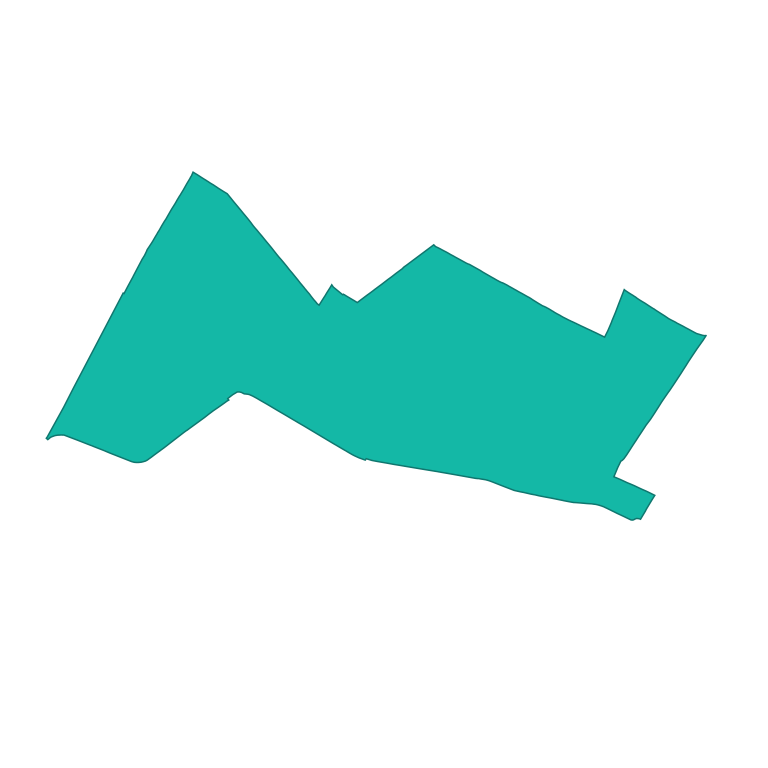 Iztacalco, Distrito Federal, Mexico (orthographic projection), rotated 202°
{"feature_id": "50627088B64976182761554", "entity_name": "Iztacalco", "entity_type": "district", "adm_level": 2, "iso_a3": "MEX", "parent_name": "Mexico", "parent_adm1": "Distrito Federal", "projection": "orthographic", "projection_center": [-99.097, 19.399], "detail": "fine", "context": "isolated", "style": "filled", "palette": "teal", "viewbox_px": 768, "rotation_deg": 202, "n_neighbors": 0, "source": "geoboundaries", "source_scale": "gbopen_adm2", "svg_char_len": 6149}
<svg xmlns="http://www.w3.org/2000/svg" viewBox="0 0 768 768"><g transform="rotate(202 384 384)"><path d="M676.8,207.2L674.9,206.5L674.2,207.7L673.7,208.7L673.2,209.6L672.4,210.5L671.2,211.6L670.1,212.6L669.3,213.2L668.6,213.6L667.8,214.1L667.1,214.5L666.1,214.9L665.1,215.4L663.9,215.9L662.6,216.4L661.8,216.7L661.4,216.8L647.5,217.1L620.0,217.4L612.0,217.3L589.8,217.5L589.2,217.5L587.2,217.7L585.7,218.0L583.6,218.7L581.6,219.6L579.6,220.7L578.2,221.7L576.3,223.2L575.1,224.6L572.3,229.0L570.1,232.7L564.9,241.1L564.2,242.2L558.2,252.5L551.0,264.8L550.6,265.4L550.0,266.4L549.3,267.3L547.4,270.4L545.6,273.3L542.6,278.1L540.3,281.8L537.8,285.8L536.5,288.1L535.3,290.2L532.1,295.5L530.5,297.9L528.9,300.3L526.5,304.0L524.9,306.5L524.1,307.8L523.3,309.1L521.9,311.0L523.3,311.7L523.5,311.9L520.2,317.5L517.1,321.6L515.3,322.4L513.2,322.8L510.0,322.5L509.3,322.7L506.5,323.5L504.6,323.8L504.1,323.7L503.3,323.7L501.0,323.6L496.6,323.1L493.4,322.6L484.6,321.4L473.0,319.6L464.7,318.4L448.9,316.0L443.2,315.2L408.7,309.8L389.6,307.0L386.6,306.6L384.4,306.4L380.1,306.2L378.7,306.2L376.4,306.3L373.4,306.4L372.8,306.5L372.5,308.1L366.6,308.6L361.0,309.7L350.9,311.9L345.0,313.1L338.4,314.6L333.3,315.7L324.3,317.7L318.4,319.0L305.6,321.9L285.7,326.2L263.8,330.8L261.7,331.4L261.2,331.6L260.7,331.8L259.1,332.1L253.9,333.3L250.3,333.7L246.9,333.8L234.9,333.9L223.4,334.1L217.3,335.1L213.8,335.8L207.5,336.8L206.8,336.9L203.3,337.6L202.5,337.8L198.4,338.4L191.3,339.8L186.5,340.8L174.1,343.1L173.9,343.1L168.8,344.1L168.3,344.2L164.0,345.1L160.8,346.2L159.5,346.6L157.9,347.1L156.3,347.6L155.0,348.0L151.3,349.1L146.5,350.7L144.4,351.2L142.6,351.7L140.7,352.0L139.1,352.2L138.7,352.2L136.8,352.4L135.3,352.4L134.9,352.5L132.1,352.3L131.3,352.3L128.7,352.1L127.2,352.0L124.9,351.8L123.2,351.7L122.0,351.6L119.6,351.4L115.6,351.2L112.0,351.0L109.0,350.8L105.8,350.6L103.9,350.5L102.3,351.1L101.6,351.7L100.7,352.8L99.5,353.9L98.0,354.4L96.6,354.7L95.5,354.7L94.0,364.2L93.9,365.9L93.4,369.1L92.1,377.2L91.2,382.2L97.5,382.7L100.9,382.9L105.0,383.0L109.0,383.2L113.8,383.5L118.1,383.6L121.7,383.6L125.3,383.8L129.5,384.0L136.1,384.1L136.0,394.1L135.5,401.1L134.5,402.5L133.6,404.5L132.6,408.6L132.3,410.0L131.0,416.7L130.8,417.9L129.5,424.4L129.3,425.3L128.2,431.1L128.0,432.1L127.7,433.4L125.9,442.4L125.7,443.6L123.7,451.0L123.4,452.5L123.0,454.4L122.2,458.4L121.3,463.3L121.0,464.8L119.8,471.5L118.4,477.9L117.2,483.2L116.8,484.6L115.0,493.1L114.7,494.6L113.1,502.6L112.7,504.5L111.8,509.5L111.3,512.1L111.0,513.6L110.1,518.8L109.0,524.2L106.9,534.2L104.5,544.2L103.4,550.1L103.9,549.2L106.7,548.5L113.0,547.9L115.2,548.1L118.9,548.5L122.2,548.9L125.3,549.2L128.4,549.6L131.7,549.9L132.8,550.0L135.2,550.2L136.8,550.5L138.8,550.7L141.5,550.9L142.3,551.0L145.0,551.3L145.9,551.6L146.2,551.6L146.6,551.7L149.3,552.3L154.3,553.2L154.7,553.3L155.3,553.4L158.5,554.0L160.0,554.3L161.2,554.6L162.1,554.8L162.7,554.8L165.9,555.4L166.9,555.6L168.5,555.9L168.9,556.0L170.4,556.3L171.8,556.6L172.4,556.7L175.7,557.2L176.9,557.4L178.7,557.7L181.9,558.4L183.1,558.8L185.4,559.2L186.2,559.4L189.3,559.9L192.0,560.4L195.7,561.2L196.6,561.5L196.4,546.1L196.2,537.0L196.3,527.8L196.2,526.6L196.4,517.2L197.0,510.1L206.7,510.8L208.7,510.9L210.8,511.0L212.0,511.1L214.0,511.2L216.4,511.3L219.4,511.5L221.4,511.6L223.4,511.7L226.1,511.9L228.0,512.0L228.6,512.1L229.7,512.1L230.5,512.2L230.8,512.2L231.3,512.2L231.6,512.2L232.3,512.3L233.8,512.3L235.0,512.4L237.0,512.5L238.1,512.6L238.8,512.7L240.2,512.8L241.3,512.9L242.6,513.0L243.5,513.1L244.8,513.3L245.6,513.4L246.6,513.6L247.9,513.7L248.6,513.8L249.9,513.9L250.5,514.0L252.2,514.2L252.7,514.3L254.7,514.7L255.1,514.7L257.3,515.1L258.6,515.3L259.7,515.5L261.1,515.6L262.5,515.8L264.4,515.9L264.8,515.9L266.4,515.9L267.2,516.0L268.1,516.2L269.7,516.4L270.9,516.6L272.1,516.8L272.7,516.9L274.3,517.2L275.6,517.4L277.2,517.7L278.7,518.0L280.0,518.3L282.6,518.7L282.8,518.7L283.0,518.7L283.5,518.7L283.8,518.8L284.0,518.8L290.8,519.7L291.1,519.7L294.5,520.1L295.7,520.3L297.1,520.5L297.4,520.5L301.1,521.0L303.5,521.3L305.2,521.5L305.8,521.6L306.1,521.7L308.1,521.9L308.9,522.0L309.4,522.0L310.2,522.1L311.5,522.2L313.4,522.1L314.9,522.2L316.0,522.3L317.5,522.5L318.0,522.5L319.9,522.8L322.0,523.1L324.5,523.4L328.0,523.9L331.7,524.4L334.5,524.8L337.0,525.3L349.7,526.9L350.9,526.8L353.0,526.9L362.2,528.0L364.9,528.3L367.9,528.7L370.9,529.0L373.4,529.4L375.9,529.7L378.2,529.9L380.2,530.1L382.7,530.4L385.3,530.6L387.6,530.7L390.0,531.7L408.0,502.0L409.2,500.2L409.8,498.9L410.2,497.8L414.0,491.6L414.6,490.6L417.0,486.4L419.5,482.4L422.3,477.6L423.9,474.9L425.4,472.5L427.2,469.5L427.9,468.4L429.1,466.3L431.6,462.2L433.0,460.0L434.2,458.0L435.5,455.8L436.9,453.5L437.9,451.8L439.3,449.5L443.3,450.2L446.1,450.6L448.7,451.0L451.3,451.4L453.2,451.7L453.9,451.9L454.7,451.9L455.3,452.0L455.7,451.3L456.8,451.6L467.3,454.9L469.6,456.4L470.1,453.0L471.1,447.6L471.5,445.1L471.6,444.2L472.2,441.2L472.8,437.9L473.7,432.8L476.4,433.5L476.8,433.9L479.5,435.3L480.0,435.5L482.5,436.9L485.1,438.4L485.5,438.7L487.4,439.8L488.8,440.5L489.8,441.0L492.3,442.4L492.8,442.6L495.0,443.9L496.0,444.4L497.6,445.3L499.4,446.2L499.9,446.5L503.0,448.3L507.0,450.5L510.8,452.6L511.2,452.8L514.5,454.5L518.1,456.6L522.3,458.9L525.9,460.8L529.1,462.4L532.2,464.1L539.7,468.4L543.4,470.4L546.4,472.0L549.5,473.7L552.9,475.6L556.4,477.4L559.3,479.0L562.1,480.4L564.7,481.8L567.9,483.8L569.3,484.6L571.4,485.8L574.9,487.7L578.3,489.5L582.1,491.6L591.8,496.8L598.1,500.3L600.7,501.7L604.5,502.3L610.6,503.4L616.8,504.7L620.2,505.2L623.1,505.8L629.3,506.9L635.5,508.1L640.4,508.9L640.5,504.7L640.8,503.4L640.9,501.9L641.9,495.6L642.8,488.6L643.4,485.0L643.8,482.4L644.0,481.7L644.7,477.3L645.0,474.9L645.3,472.8L646.2,467.8L646.6,465.4L648.0,455.1L648.6,452.3L649.4,447.1L649.9,443.1L650.1,441.8L650.5,439.8L650.7,438.0L651.2,434.9L652.0,429.3L652.3,427.6L652.5,426.7L653.1,423.7L653.9,419.9L653.9,417.8L654.2,413.5L655.0,408.9L655.3,405.7L656.1,397.9L656.9,389.7L656.9,389.1L657.2,386.7L658.2,377.8L658.9,370.5L659.9,370.6L666.7,301.5L670.5,263.2L672.3,242.6L676.4,208.6L676.8,207.2Z" fill="#14b8a6" stroke="#0f766e" stroke-width="1.5"/></g></svg>